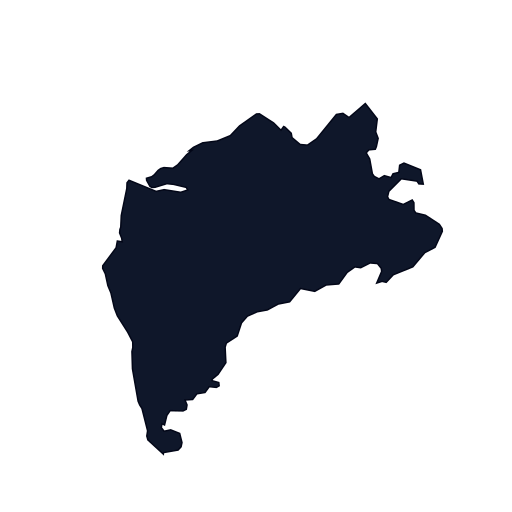 SVG path tracing the border of Suffolk, rotated 150°
{"feature_id": "GBR-2318", "entity_name": "Suffolk", "entity_type": "Administrative County", "adm_level": 1, "iso_a3": "GBR", "parent_name": "United Kingdom", "parent_adm1": "", "projection": "orthographic", "projection_center": [1.069, 52.241], "detail": "fine", "context": "isolated", "style": "filled", "palette": "ink", "viewbox_px": 512, "rotation_deg": 150, "n_neighbors": 0, "source": "natural_earth", "source_scale": "10m", "svg_char_len": 2090}
<svg xmlns="http://www.w3.org/2000/svg" viewBox="0 0 512 512"><g transform="rotate(150 256 256)"><path d="M435.3,130.8L441.6,150.8L440.6,154.7L437.3,158.8L431.0,181.0L431.2,185.1L430.7,189.2L419.4,220.1L411.2,235.3L408.4,238.4L405.7,243.3L405.2,254.3L406.0,273.5L404.7,281.8L400.1,296.6L399.1,304.4L395.4,315.9L395.0,321.9L393.6,324.2L373.0,333.1L368.6,338.3L364.7,335.2L363.4,338.7L362.6,344.2L360.5,347.1L358.7,348.6L352.4,358.5L334.1,379.1L331.1,383.9L328.1,385.1L310.2,361.9L302.4,359.4L289.3,348.8L282.1,347.3L282.1,350.3L291.5,359.2L297.0,363.2L309.1,366.0L311.9,367.4L313.0,369.3L312.9,376.2L312.0,378.1L306.6,376.8L303.5,377.2L297.9,379.1L294.8,379.4L291.5,378.6L284.1,373.6L278.2,374.1L265.4,378.4L258.7,379.5L261.2,380.6L255.8,381.4L245.6,380.7L232.1,375.0L218.0,373.1L205.2,376.9L184.6,378.8L181.9,377.4L174.2,362.4L171.5,352.4L167.3,354.3L166.5,353.1L164.1,344.7L165.6,340.5L162.0,330.5L156.0,326.3L144.9,327.2L115.6,338.4L109.4,336.1L106.2,329.4L85.1,333.4L82.4,314.1L90.3,303.6L91.4,296.8L97.1,290.5L99.3,288.8L105.2,291.5L109.0,290.2L109.0,283.2L114.1,269.0L113.8,265.8L110.9,261.3L104.7,261.4L99.8,256.4L96.2,258.7L90.5,257.0L86.2,262.8L81.4,262.5L70.4,248.4L75.2,234.6L78.9,237.0L79.1,240.3L91.5,250.2L108.6,245.6L112.5,241.5L112.6,238.5L102.7,227.0L92.7,226.4L92.6,223.2L96.3,216.6L96.1,213.4L88.9,206.6L81.4,191.8L81.1,186.8L82.3,184.2L96.6,174.0L108.2,174.5L125.6,168.2L146.5,171.1L156.4,168.1L159.5,171.0L165.0,172.2L154.9,179.8L153.7,182.7L154.6,188.7L160.6,192.9L171.2,193.5L175.8,197.1L185.3,196.2L198.3,190.4L209.7,195.8L222.8,196.0L233.7,205.6L249.8,199.5L260.9,203.3L273.1,203.6L282.9,207.1L293.6,208.2L302.0,205.3L312.3,196.1L325.2,195.4L328.3,192.5L335.4,178.7L348.0,172.5L355.6,171.2L356.4,170.0L351.5,165.0L352.8,162.0L356.0,162.0L361.8,166.2L368.4,163.3L376.1,166.2L382.6,163.4L389.5,166.8L390.2,161.5L393.0,158.1L396.6,158.3L407.7,165.0L412.9,162.5L419.7,155.4L421.3,157.8L423.8,154.7L423.2,150.2L416.8,148.1L410.8,140.5L413.4,131.4L416.3,128.2L420.5,126.9L433.8,131.8L434.8,131.6L435.3,130.8Z" fill="#0f172a" stroke="#020617" stroke-width="1.5"/></g></svg>